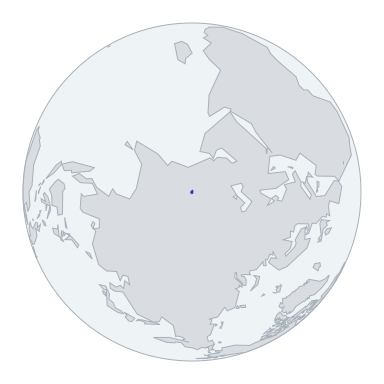 Khost on an orthographic globe, rotated 150°
{"feature_id": "AFG-1758", "entity_name": "Khost", "entity_type": "Province", "adm_level": 1, "iso_a3": "AFG", "parent_name": "Afghanistan", "parent_adm1": "", "projection": "orthographic", "projection_center": [69.796, 33.377], "detail": "fine", "context": "on_globe", "style": "filled", "palette": "violet", "viewbox_px": 384, "rotation_deg": 150, "n_neighbors": 0, "source": "natural_earth", "source_scale": "10m", "svg_char_len": 11071}
<svg xmlns="http://www.w3.org/2000/svg" viewBox="0 0 384 384"><g transform="rotate(150 192 192)"><circle cx="192" cy="192" r="169" fill="#eef3f6" stroke="#a8b0b8"/><path d="M226.2,26.5L228.1,27.3L241.4,32.6L249.4,35.2L244.6,34.3L262.5,40.4L272.1,45.9L258.8,39.2L255.6,38.3L261.0,41.6L258.9,41.4L260.3,43.0L257.2,42.7L249.7,39.3L247.6,39.2L251.5,41.6L251.0,43.1L245.5,39.5L244.0,42.0L231.1,37.8L219.0,30.4L209.4,29.5L190.5,26.0L189.8,26.8L182.2,26.6L178.6,27.5L176.1,27.0L175.4,28.3L178.3,28.6L179.0,29.3L177.1,30.1L173.7,29.4L174.1,29.0L172.1,29.2L171.2,28.6L170.6,29.3L166.6,28.7L167.7,30.5L162.2,31.0L160.3,30.3L164.2,28.9L169.4,25.3L168.7,24.9L163.8,25.5L146.8,29.3L144.4,29.9L155.8,27.0L167.4,24.8L179.2,23.5L191.0,23.0L202.8,23.4L214.5,24.5L226.2,26.5ZM138.2,31.8L142.6,30.5L140.4,31.6L146.0,30.3L145.9,30.8L150.3,30.5L145.7,32.3L138.8,34.4L134.9,34.9L131.8,36.0L132.2,37.2L122.0,40.4L109.8,46.6L107.6,47.5L109.0,45.5L117.2,40.6L118.0,40.1L138.2,31.8ZM116.0,41.1L113.8,42.3L109.1,44.8L116.0,41.1ZM105.2,47.0L103.7,48.0L104.1,47.8L101.4,49.4L102.8,48.5L105.2,47.0ZM255.7,37.4L252.5,35.8L256.3,37.4L255.7,37.4ZM261.0,43.3L262.5,43.9L262.6,44.6L261.0,43.3ZM152.6,29.6L151.4,30.0L151.2,29.8L152.6,29.6ZM155.5,29.1L156.0,28.6L157.5,28.3L157.1,28.7L155.5,29.1ZM258.0,44.8L257.6,45.8L256.7,44.1L258.0,44.8ZM154.5,29.9L160.0,28.0L162.6,27.6L163.4,28.6L154.5,29.9ZM256.5,46.1L255.7,49.2L259.1,50.6L248.9,48.8L253.0,46.5L251.4,44.0L254.2,45.7L256.5,46.1ZM180.1,28.4L176.9,28.1L181.3,27.8L180.1,28.4ZM182.7,28.1L195.4,26.7L199.2,27.8L194.2,27.9L200.5,29.1L196.2,30.3L191.8,29.9L190.1,28.8L189.7,30.1L182.7,28.1ZM243.5,47.5L242.1,47.9L242.1,46.9L243.5,47.5ZM179.6,29.6L181.8,29.1L185.3,30.0L181.5,31.2L181.6,30.5L179.6,29.6ZM204.3,29.0L206.3,30.1L203.3,31.2L203.6,31.8L196.4,30.4L204.3,29.0ZM179.9,30.7L179.5,31.8L176.2,32.1L177.7,30.2L179.9,30.7ZM187.8,29.8L189.3,30.3L187.2,30.4L187.8,29.8ZM164.1,34.4L166.7,33.5L168.7,33.8L164.1,34.4ZM179.6,32.2L180.7,32.1L181.8,32.2L180.9,33.1L179.6,32.2ZM194.8,31.4L193.2,31.8L197.6,32.1L195.6,33.2L191.2,32.1L192.2,33.0L191.6,33.4L188.7,32.2L194.8,31.4ZM183.3,34.3L176.9,33.8L171.7,35.2L169.8,34.9L178.5,32.7L183.3,34.3ZM186.7,33.1L184.1,33.8L183.0,32.9L184.1,32.0L186.7,33.1ZM195.8,34.4L200.1,33.0L200.9,33.3L195.8,34.4ZM182.0,34.9L183.5,35.0L181.7,35.1L182.0,34.9ZM191.8,34.7L193.2,34.0L194.1,34.4L191.8,34.7ZM185.5,36.0L183.4,35.7L184.1,35.0L185.5,36.0ZM188.5,35.5L189.4,36.2L185.5,34.9L189.0,35.1L188.5,35.5ZM192.4,35.1L193.4,35.1L191.7,35.3L192.4,35.1ZM184.2,39.1L179.1,37.7L180.5,36.0L185.3,37.5L184.2,39.1ZM26.1,188.8L28.8,160.2L31.8,154.4L35.5,144.3L59.1,128.1L60.7,134.3L75.3,143.0L76.6,145.9L71.1,152.8L79.1,171.7L86.1,167.5L97.1,179.9L106.8,183.9L116.9,169.9L101.0,163.0L102.0,154.3L117.7,153.2L132.2,159.7L133.0,156.6L127.0,146.6L133.5,142.6L125.3,142.8L126.3,146.8L121.1,147.2L119.9,143.6L122.3,142.2L118.8,139.1L108.6,147.3L108.4,152.2L97.4,149.0L96.2,157.2L92.1,159.0L92.7,146.1L95.0,142.5L93.5,126.6L90.0,130.0L91.2,145.4L89.4,143.1L84.7,148.5L86.9,142.7L86.5,125.7L78.7,122.5L63.2,130.8L59.8,128.4L59.5,121.9L70.7,108.5L77.0,115.5L81.1,111.5L84.6,102.5L86.2,105.7L88.4,103.1L91.2,105.6L100.0,102.7L103.6,104.8L111.6,97.8L114.5,98.1L108.9,102.0L107.0,106.1L116.6,111.9L119.7,111.3L124.1,106.5L126.2,109.0L129.3,103.6L137.0,105.0L130.1,99.1L135.1,94.0L142.3,92.0L142.7,89.4L131.1,92.8L127.6,95.2L126.5,98.9L115.9,105.4L111.6,104.8L118.1,94.5L112.8,92.7L120.2,86.1L146.9,79.9L155.8,80.9L160.9,92.9L156.2,95.4L152.0,92.1L151.7,99.8L153.7,96.9L155.4,99.2L160.6,95.5L162.1,97.0L164.6,91.1L167.0,92.5L165.4,96.2L175.1,92.6L181.3,94.8L182.8,93.3L182.6,91.1L190.6,95.8L191.3,94.5L189.0,92.5L189.0,88.7L192.1,84.2L194.7,86.0L193.9,87.9L196.2,94.9L193.8,100.1L195.1,100.4L197.9,96.4L195.1,87.8L196.2,84.5L198.2,88.3L197.6,86.7L199.0,85.7L202.7,86.5L200.8,82.3L212.4,70.5L220.9,71.4L221.4,75.8L232.2,70.9L240.9,73.4L238.7,71.3L242.4,68.3L239.8,67.4L239.0,66.3L247.4,59.1L251.3,59.2L252.5,54.8L251.4,53.9L248.5,53.5L248.9,48.8L259.1,50.6L261.1,52.5L266.1,52.7L269.9,57.2L275.4,61.4L276.6,66.9L280.9,70.1L282.3,69.9L289.2,74.5L298.2,85.4L284.4,77.4L269.6,63.3L275.1,68.9L271.9,68.1L272.7,70.5L276.7,74.7L278.4,74.8L274.9,85.5L280.7,99.2L285.0,96.1L290.2,98.4L300.5,113.6L301.8,139.9L308.8,145.1L310.9,149.7L308.5,154.4L305.4,147.7L300.8,147.0L299.4,142.7L294.6,148.7L292.4,142.9L289.7,150.8L293.4,154.5L298.5,151.1L297.1,160.9L305.5,166.4L309.1,175.8L304.2,196.8L295.2,205.9L295.2,209.1L290.2,207.2L285.7,215.0L296.6,229.0L297.0,233.8L288.7,245.9L288.1,242.4L274.9,237.4L273.9,249.3L284.0,255.9L287.5,265.5L280.4,264.3L276.7,255.9L272.0,253.8L272.2,243.7L266.3,229.9L259.1,234.4L258.6,228.2L249.4,217.1L238.4,222.9L221.7,241.2L221.0,256.7L214.5,263.7L202.6,242.3L199.8,227.1L193.9,228.6L182.9,215.2L159.3,212.5L157.4,208.1L152.7,209.4L145.2,204.1L142.8,196.8L137.6,196.3L144.3,215.3L150.0,216.0L156.8,210.3L157.5,216.7L164.9,223.1L151.5,236.2L118.9,242.4L118.2,230.5L106.1,192.7L107.9,189.3L107.9,188.9L107.9,188.1L104.3,193.2L103.0,185.8L106.8,211.5L106.4,221.4L118.4,243.0L116.7,244.3L121.3,249.2L139.1,248.7L138.6,252.5L128.7,267.5L106.3,283.3L110.7,298.0L111.6,308.7L100.8,311.4L105.0,319.7L99.9,319.9L101.8,324.0L99.5,326.1L94.6,326.2L82.7,319.2L79.3,315.2L69.4,304.2L54.5,279.5L54.7,272.0L52.6,263.7L44.3,239.8L45.9,230.8L44.3,224.8L40.7,222.3L39.2,214.9L37.3,212.6L27.4,200.9L26.1,188.8ZM47.0,140.2L45.4,143.0L47.0,140.2ZM144.9,174.9L155.2,177.9L154.9,166.9L158.8,167.3L157.3,163.6L154.8,166.1L151.7,156.2L157.7,154.4L158.7,149.9L155.3,148.8L144.8,153.8L149.2,167.7L145.0,171.2L144.9,174.9ZM108.0,45.4L107.7,45.6L105.2,47.1L105.7,46.8L107.2,45.9L108.0,45.4ZM98.8,52.2L94.6,54.8L97.9,52.6L97.6,52.4L104.2,47.9L106.8,47.7L104.5,48.5L98.8,52.2ZM113.8,42.5L109.3,44.9L114.1,42.3L113.8,42.5ZM97.7,87.9L97.2,90.6L93.8,92.7L89.2,91.3L94.1,88.0L97.7,87.9ZM97.1,94.1L104.8,84.9L108.0,85.8L104.9,86.8L106.2,88.3L101.6,90.3L97.1,100.7L93.8,103.4L87.2,98.5L91.1,98.4L91.5,95.6L97.1,94.1ZM119.0,63.7L122.4,60.7L124.8,66.3L121.4,68.5L116.6,66.9L117.9,63.4L119.0,63.7ZM154.8,32.5L156.0,31.8L156.9,31.8L156.8,32.5L154.8,32.5ZM165.2,34.0L150.9,36.1L151.4,35.2L142.4,38.0L140.4,37.0L146.3,35.1L138.0,36.7L142.6,34.6L136.7,36.1L150.2,32.0L153.9,30.6L150.5,32.5L152.2,33.4L154.1,33.4L162.3,32.3L171.2,30.1L174.4,31.0L174.2,32.2L172.5,32.9L171.0,32.0L169.9,33.6L166.4,32.8L165.2,34.0ZM170.6,51.9L169.5,49.7L166.7,54.5L163.2,53.0L163.1,53.7L159.0,53.8L154.0,55.2L152.9,54.2L151.4,55.2L148.7,55.4L146.3,56.5L143.5,55.3L140.3,56.6L140.9,55.3L136.1,58.0L138.4,55.5L135.2,55.9L134.6,58.1L125.9,50.7L120.4,50.2L114.6,51.5L119.4,47.5L128.0,44.1L137.5,41.9L142.1,43.2L143.5,41.4L146.1,41.6L143.9,42.9L148.8,41.0L150.3,41.6L158.9,41.0L164.9,38.3L168.2,38.2L166.6,39.6L171.0,38.6L170.2,41.1L172.5,41.2L174.1,44.0L169.7,46.8L172.6,46.7L173.9,49.1L170.6,51.9ZM184.4,39.9L179.9,43.2L175.8,44.1L174.8,39.0L172.8,38.5L172.0,35.7L178.0,34.5L177.7,35.4L178.8,36.0L176.5,36.1L179.1,36.5L178.7,37.8L180.7,38.5L178.7,39.3L184.4,39.9ZM80.2,144.5L81.6,145.9L84.3,147.3L81.3,151.0L80.2,144.5ZM79.7,132.9L81.3,133.4L78.4,138.8L77.0,137.4L79.7,132.9ZM84.6,129.3L81.6,133.0L82.4,130.2L84.6,129.3ZM110.6,102.3L112.6,102.8L111.9,104.1L109.7,105.3L110.6,102.3ZM161.3,67.5L161.4,65.7L162.6,65.4L165.9,61.7L168.7,62.7L167.9,65.4L161.3,67.5ZM112.8,171.4L108.6,173.2L107.8,171.2L109.4,170.9L112.8,171.4ZM93.1,162.0L96.5,166.2L92.3,163.0L93.1,162.0ZM165.0,68.0L166.0,66.3L166.8,67.9L165.0,68.0ZM171.0,63.3L172.3,64.9L169.5,62.4L171.0,63.3ZM190.3,359.3L192.9,359.7L190.0,359.7L190.3,359.3ZM138.1,313.7L132.9,329.3L125.5,327.5L122.0,322.1L122.5,312.1L130.5,310.9L133.9,306.5L138.1,313.7ZM318.1,275.4L321.3,274.1L321.1,274.7L318.1,275.4ZM314.8,275.1L318.7,273.2L313.9,276.8L314.8,275.1ZM320.1,272.5L324.1,269.1L325.8,267.1L325.3,268.6L320.1,272.5ZM312.1,276.5L296.2,283.2L289.6,283.9L291.4,281.1L302.1,277.6L312.1,276.5ZM290.8,281.2L280.4,278.0L264.4,262.0L270.2,261.1L286.6,268.8L285.6,271.1L291.9,274.3L290.8,281.2ZM315.1,259.3L314.0,265.9L305.4,269.2L301.4,269.9L298.7,263.1L300.2,258.4L303.6,257.2L315.3,237.5L319.7,238.9L316.4,246.7L319.9,250.5L315.1,259.3ZM221.9,258.0L226.4,266.5L222.8,268.2L221.9,258.0ZM319.0,225.0L315.0,233.7L318.4,223.1L319.0,225.0ZM320.4,215.7L321.2,218.8L318.8,216.6L320.4,215.7ZM296.0,213.7L292.5,215.8L291.9,213.5L296.1,209.5L296.0,213.7ZM311.9,183.8L313.7,190.8L313.7,193.5L311.2,190.0L311.9,183.8ZM190.9,77.1L183.0,80.8L179.3,84.8L180.2,88.8L175.6,85.0L181.4,78.9L190.9,77.1ZM209.5,70.9L208.7,67.9L211.2,68.4L211.8,69.2L209.5,70.9ZM207.4,69.6L202.3,67.4L203.3,65.2L207.2,67.4L207.4,69.6ZM183.4,67.0L180.9,68.0L180.3,66.6L183.4,67.0ZM320.2,302.0L320.4,301.8L318.6,303.5L295.1,323.7L291.2,325.4L294.8,321.8L296.5,314.6L298.0,314.0L300.3,307.8L315.7,294.5L327.6,277.2L333.1,273.6L339.1,261.3L343.9,257.0L340.7,265.5L343.6,264.6L350.5,245.3L347.4,258.2L347.4,258.3L341.9,270.0L335.5,281.2L328.2,291.9L320.2,302.0ZM325.9,271.3L330.8,263.9L333.0,262.0L325.9,271.3ZM355.6,229.0L356.0,232.4L354.8,235.7L353.7,234.7L351.3,241.9L346.8,247.4L348.3,243.2L348.1,239.7L342.4,243.9L341.3,242.3L343.6,238.3L339.4,239.8L344.1,234.4L345.7,238.5L348.2,231.5L351.8,228.3L354.7,225.8L356.2,226.4L355.6,229.0ZM343.4,247.2L344.1,246.4L343.3,248.8L343.4,247.2ZM359.3,215.4L359.3,215.5L359.6,213.2L359.5,213.9L359.3,215.4ZM356.7,224.5L358.8,215.6L359.1,214.6L357.6,222.9L356.7,224.5ZM358.6,213.5L359.2,212.2L359.3,213.8L359.1,215.0L358.6,213.5ZM333.8,250.0L333.5,251.7L332.2,251.5L333.8,250.0ZM335.6,247.7L339.5,246.4L335.2,249.4L335.6,247.7ZM322.2,250.7L323.5,253.8L327.9,248.7L324.5,254.3L327.1,258.8L326.0,261.7L323.5,256.7L322.0,264.3L320.0,265.2L319.3,259.8L321.5,251.3L323.4,247.1L331.1,241.2L322.2,250.7ZM335.7,243.0L334.6,239.3L335.4,235.7L336.6,237.2L335.7,243.0ZM330.8,230.5L327.1,227.1L324.3,231.0L329.4,219.8L332.2,224.9L330.8,230.5ZM326.8,220.3L324.3,223.9L326.6,217.7L326.8,220.3ZM323.3,222.4L322.4,218.8L324.8,218.1L323.3,222.4ZM328.3,219.6L327.8,212.9L329.5,216.0L328.3,219.6ZM320.0,210.8L325.9,214.3L319.2,215.2L316.4,202.8L319.0,201.0L320.0,210.8ZM318.9,151.0L316.9,147.8L318.6,145.5L319.5,148.3L318.9,151.0ZM322.2,136.2L318.3,143.9L314.9,150.5L317.1,151.1L318.5,158.0L313.8,153.8L314.5,144.8L317.5,140.9L315.6,135.5L316.4,130.1L312.7,124.3L312.3,120.8L316.6,125.0L322.2,136.2ZM310.9,122.0L304.6,111.2L308.9,109.9L311.3,112.0L312.3,117.3L310.0,117.7L310.9,122.0ZM304.4,108.3L302.1,108.7L288.0,96.1L286.1,93.3L299.0,101.5L297.6,102.4L300.3,105.9L304.4,108.3ZM243.8,48.7L242.3,48.0L244.1,48.2L243.8,48.7ZM237.5,65.9L236.7,64.3L238.9,64.4L237.5,65.9ZM235.9,60.3L234.0,61.2L234.9,59.4L235.9,60.3ZM230.0,63.7L232.7,61.2L231.6,64.7L230.0,63.7Z" fill="#d9dde1" stroke="#a8b0b8" stroke-width="1"/><path d="M192.5,190.9L192.7,191.0L192.8,191.0L192.9,191.3L192.9,191.5L193.0,191.7L193.0,191.8L193.2,192.0L192.8,192.5L192.7,192.5L192.4,192.7L192.2,192.8L191.9,192.8L191.7,192.9L191.4,192.9L191.2,193.0L190.9,193.0L190.9,192.9L191.0,192.7L191.0,192.4L191.1,192.2L191.3,192.0L191.4,191.9L191.5,191.7L191.4,191.7L191.5,191.5L191.6,191.4L191.8,191.3L192.0,191.3L192.1,191.2L192.3,191.1L192.5,191.0L192.5,190.9Z" fill="#8b5cf6" stroke="#5b21b6" stroke-width="1.5"/></g></svg>